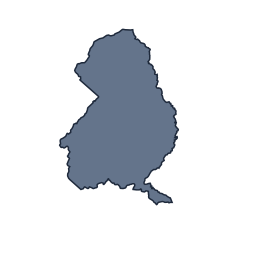 outline of Rondônia, rotated 221°
{"feature_id": "BRA-595", "entity_name": "Rondônia", "entity_type": "State", "adm_level": 1, "iso_a3": "BRA", "parent_name": "Brazil", "parent_adm1": "", "projection": "natural_earth1", "projection_center": [-63.452, -10.832], "detail": "fine", "context": "isolated", "style": "filled", "palette": "slate", "viewbox_px": 256, "rotation_deg": 221, "n_neighbors": 0, "source": "natural_earth", "source_scale": "10m", "svg_char_len": 5768}
<svg xmlns="http://www.w3.org/2000/svg" viewBox="0 0 256 256"><g transform="rotate(221 128 128)"><path d="M79.6,116.0L80.0,114.9L80.3,114.3L81.2,113.8L81.5,113.2L81.7,111.9L82.2,110.9L81.9,109.7L81.7,108.0L81.1,105.5L81.0,104.4L81.1,103.3L81.8,101.6L81.9,100.9L81.7,100.5L80.9,99.5L80.2,97.4L79.5,96.7L79.1,96.5L78.3,96.6L76.9,98.0L76.3,99.3L76.0,99.7L75.5,99.9L75.2,100.8L74.1,100.5L72.9,99.5L72.1,99.7L72.2,98.6L71.0,99.1L70.8,99.0L70.4,98.0L70.0,98.6L70.0,99.4L69.6,99.3L69.3,98.7L68.6,99.3L66.7,99.0L65.2,99.9L64.7,100.0L63.4,99.4L63.0,99.5L62.6,100.0L62.2,99.7L60.9,99.8L59.4,100.8L57.1,101.2L55.3,102.2L53.4,102.1L50.6,102.7L50.2,103.0L45.9,100.8L47.2,99.7L48.0,98.4L49.1,98.4L50.6,96.8L51.4,96.1L53.0,95.6L53.9,95.0L56.2,91.9L56.3,91.0L56.0,89.4L56.1,89.0L56.3,88.9L58.4,89.3L59.6,89.0L60.7,89.4L61.8,89.5L65.4,88.9L66.5,89.0L67.3,89.6L68.5,91.2L69.2,91.5L69.5,92.0L70.4,92.7L70.8,93.4L71.2,93.5L73.0,92.5L73.2,92.3L73.5,90.8L73.7,90.5L75.7,89.3L76.5,89.2L77.0,89.5L77.5,90.3L78.3,90.4L78.5,90.2L78.7,89.1L79.0,88.6L81.0,86.9L83.9,84.9L84.2,85.2L84.3,86.1L84.8,86.8L84.8,87.9L85.0,88.8L86.0,89.8L87.0,89.8L88.0,88.9L88.7,87.5L89.5,86.7L89.8,85.6L90.7,84.7L91.0,84.1L91.1,83.3L90.6,81.6L90.7,81.0L92.0,79.1L94.0,77.6L94.6,77.6L95.9,78.5L98.3,78.7L99.0,78.5L99.9,77.3L100.8,76.7L101.4,76.7L102.0,77.1L102.5,77.2L103.6,76.2L106.0,76.2L107.2,76.6L108.2,76.2L109.3,76.9L109.5,76.8L109.6,76.3L109.2,74.3L109.5,72.9L109.2,72.1L109.2,69.6L109.6,69.3L109.8,69.4L110.2,70.1L110.6,70.1L112.2,69.4L113.0,68.0L113.6,67.2L114.1,65.6L114.1,65.0L113.8,64.6L112.6,63.5L112.5,63.0L112.6,62.4L113.6,61.0L114.2,59.8L114.7,59.4L116.3,59.1L118.4,58.3L118.5,57.8L118.2,56.7L118.5,56.1L119.0,55.8L121.9,55.2L122.1,55.0L122.2,54.5L121.9,52.9L123.2,50.7L138.0,50.9L139.8,51.1L142.1,52.2L143.4,53.8L143.6,54.4L143.7,55.2L144.3,56.7L146.3,58.5L146.6,60.6L148.6,60.2L149.5,60.4L150.3,60.9L150.6,61.4L150.7,62.2L151.2,63.3L152.2,66.6L152.9,66.8L154.3,66.7L155.2,67.1L155.2,68.2L155.7,69.3L156.0,71.4L156.4,72.0L157.4,72.1L158.9,72.6L159.3,72.9L159.7,73.7L160.1,74.1L161.5,74.5L162.0,74.3L162.3,73.8L162.7,71.8L163.1,71.0L163.5,70.8L164.6,70.7L165.6,69.6L165.9,69.5L168.2,70.1L168.5,70.7L168.4,71.7L170.8,73.8L171.3,74.8L171.3,75.6L170.3,77.9L169.6,80.6L169.7,81.5L170.3,83.4L170.3,84.1L168.8,84.6L168.8,85.6L168.4,86.7L168.5,87.4L169.5,88.2L169.7,88.6L169.9,89.1L169.8,90.6L170.5,93.4L171.4,95.1L171.4,95.4L170.9,96.2L170.5,97.3L169.8,97.5L169.5,97.8L170.0,98.7L170.1,100.0L170.5,101.8L170.1,103.5L170.2,104.9L169.3,106.9L169.1,108.8L169.2,109.3L169.7,110.3L169.4,111.7L169.5,112.4L170.5,115.0L171.4,116.4L171.6,117.1L170.9,124.0L171.0,124.3L171.6,124.6L171.7,124.9L171.4,126.3L171.2,126.5L170.7,126.4L170.5,126.8L170.8,128.8L170.4,131.7L170.7,132.3L171.6,132.5L195.7,132.7L195.9,132.8L195.7,133.7L195.9,134.0L197.4,135.5L197.8,135.4L198.8,134.7L199.3,134.7L200.3,135.3L201.6,135.7L202.6,135.5L203.7,135.7L204.4,135.7L206.0,136.5L206.6,138.0L207.0,140.1L208.0,142.5L208.1,143.0L207.7,143.9L206.8,144.7L206.3,145.9L205.7,146.9L204.0,148.4L203.6,148.9L203.5,150.5L203.6,152.9L203.9,154.2L204.0,155.9L204.4,157.0L204.8,157.4L205.8,157.2L206.4,157.6L207.3,160.2L207.6,161.3L208.4,162.6L208.6,163.4L208.6,166.9L209.2,168.8L210.0,170.4L210.1,171.0L208.0,176.8L206.0,179.5L204.9,183.8L203.7,185.4L202.1,185.9L201.3,186.4L199.7,188.7L199.5,189.1L199.6,190.5L197.6,194.6L196.9,198.7L196.3,199.3L194.5,200.4L190.4,203.6L188.9,205.3L187.1,203.7L185.5,202.9L184.9,202.3L181.9,201.8L181.5,201.3L181.5,200.1L181.4,199.9L180.7,200.2L179.7,200.4L179.3,200.7L179.2,201.2L179.0,201.4L177.4,201.3L176.7,201.5L175.9,201.0L174.3,200.7L171.7,202.0L170.7,202.2L169.6,201.9L168.5,201.0L166.3,201.3L165.3,201.9L164.8,201.7L163.4,202.0L162.9,201.9L162.7,201.7L162.1,199.6L161.2,199.0L160.1,197.7L159.0,197.0L158.6,196.3L158.3,196.1L156.6,194.0L156.4,191.3L155.8,191.2L155.3,190.5L155.1,190.4L155.1,191.0L154.2,190.5L152.3,191.1L151.9,190.8L151.6,191.1L151.3,191.1L150.2,191.0L149.6,190.6L149.2,190.6L149.0,190.2L148.1,189.1L146.2,189.0L144.1,188.0L143.9,187.0L143.1,186.2L142.8,186.3L142.2,186.7L141.2,186.9L141.1,187.5L140.7,187.2L140.0,186.5L139.7,185.7L138.9,185.4L137.4,183.0L136.8,183.3L136.0,182.9L135.6,182.0L135.4,181.1L134.6,180.1L134.7,179.5L134.4,179.0L134.2,178.1L134.0,177.7L132.6,177.2L131.8,177.5L131.5,178.1L131.0,178.1L130.2,178.9L128.3,179.0L127.3,178.3L126.6,178.0L125.7,177.3L125.5,176.8L124.9,176.4L124.8,175.6L124.4,175.1L123.1,174.8L121.7,173.7L120.4,172.9L117.0,172.3L115.6,172.7L114.2,174.7L113.8,174.7L113.0,174.2L111.8,174.6L111.3,173.8L109.9,173.7L109.6,173.2L109.0,174.1L108.7,174.0L108.1,173.2L107.3,172.8L106.8,172.9L106.1,173.4L105.6,173.4L105.4,172.6L105.0,172.5L104.1,172.7L103.1,172.4L102.4,171.6L101.8,170.5L100.9,170.1L100.8,169.6L101.3,168.5L101.4,167.3L101.3,166.8L100.9,166.4L100.5,166.3L100.4,166.5L99.5,165.9L98.5,165.8L96.8,164.8L96.2,164.1L96.4,163.3L96.2,162.7L95.8,162.8L95.7,162.9L95.6,163.9L95.3,164.0L95.1,163.8L94.9,163.5L95.1,163.1L94.4,162.2L93.8,160.8L92.7,160.3L92.2,160.5L90.7,160.1L89.7,160.1L89.0,159.8L88.6,159.0L88.6,158.5L89.0,157.7L89.0,157.4L88.8,157.1L88.3,156.8L88.2,156.6L88.0,154.9L87.6,154.0L87.4,153.1L86.3,152.3L86.3,151.4L85.8,151.7L85.6,153.4L85.4,153.7L85.1,153.6L84.3,152.8L84.2,152.4L84.2,151.4L84.5,150.5L84.4,149.8L84.5,149.6L85.0,149.4L84.4,148.7L83.8,148.5L83.7,147.8L83.9,147.0L83.7,146.7L82.9,146.1L82.1,146.3L81.4,145.6L80.6,143.0L81.3,141.5L80.2,140.6L79.9,140.1L79.8,139.5L80.3,139.0L80.5,138.5L79.6,137.4L79.7,136.8L80.9,135.5L81.1,135.0L80.9,133.5L81.9,132.1L81.9,131.7L81.6,131.2L81.4,128.9L81.2,128.5L80.5,127.7L79.5,127.4L79.4,127.1L79.8,125.8L80.0,124.3L79.8,123.5L78.7,122.3L78.8,120.6L78.5,119.7L78.7,118.9L78.3,118.0L78.9,117.9L79.3,117.5L79.8,116.4L79.6,116.0Z" fill="#64748b" stroke="#1e293b" stroke-width="1.5"/></g></svg>